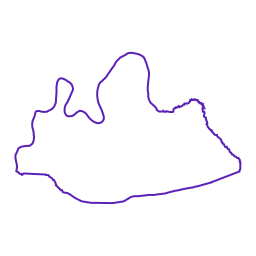 the district of Tumana, Upper River, Gambia
{"feature_id": "56634734B54781332377439", "entity_name": "Tumana", "entity_type": "district", "adm_level": 2, "iso_a3": "GMB", "parent_name": "Gambia", "parent_adm1": "Upper River", "projection": "mercator", "projection_center": [-14.08, 13.369], "detail": "fine", "context": "isolated", "style": "outline", "palette": "violet", "viewbox_px": 256, "rotation_deg": 0, "n_neighbors": 0, "source": "geoboundaries", "source_scale": "gbopen_adm2", "svg_char_len": 5502}
<svg xmlns="http://www.w3.org/2000/svg" viewBox="0 0 256 256"><path d="M91.1,202.8L98.1,202.9L98.6,202.9L112.2,203.1L113.9,202.9L119.0,202.1L123.6,201.4L130.8,197.1L131.3,196.9L133.9,196.2L137.4,196.2L137.7,196.2L138.8,196.1L140.0,196.0L142.2,195.7L142.9,195.6L144.6,195.5L145.3,195.4L148.6,194.9L152.6,195.0L155.1,194.8L157.3,194.4L164.0,193.6L164.4,193.5L164.6,193.5L165.4,193.5L166.5,193.0L175.8,190.6L177.3,190.5L182.3,189.3L183.2,189.1L189.2,188.0L191.3,187.6L192.3,187.6L195.0,186.7L198.3,186.1L200.0,185.6L207.1,183.6L211.1,182.5L211.0,182.4L211.4,182.2L216.9,180.2L219.8,179.0L234.7,173.3L239.4,171.5L239.4,171.3L239.5,171.1L239.5,170.2L240.3,169.2L240.3,167.2L240.3,165.6L240.3,163.4L240.6,162.9L239.9,162.1L239.6,161.2L240.0,160.9L239.8,159.9L239.1,159.0L239.0,158.7L238.9,158.6L238.6,158.2L238.4,157.9L237.5,158.1L237.0,157.8L235.8,156.6L234.7,156.5L233.1,154.6L232.1,154.6L231.2,152.7L230.1,152.3L228.9,149.1L227.9,149.0L226.8,147.6L226.9,146.9L225.1,146.8L224.3,145.5L224.0,144.3L222.4,143.4L222.4,142.2L221.4,141.6L221.1,139.6L220.1,138.9L218.7,137.4L217.8,137.0L217.3,136.3L217.0,135.4L217.0,135.0L215.4,135.0L214.6,134.6L213.9,134.1L213.9,133.5L213.0,132.9L212.7,132.4L212.4,131.9L212.2,131.8L212.0,131.7L212.0,131.2L212.0,130.9L212.0,130.6L211.6,130.3L211.1,130.6L210.8,130.6L210.6,130.3L210.2,129.4L209.5,129.0L207.6,126.6L207.3,125.1L206.5,124.2L207.3,123.2L207.1,122.3L206.9,121.4L206.3,120.8L206.3,119.8L205.9,119.3L205.9,117.7L205.0,117.2L204.3,116.9L203.9,116.2L204.0,115.1L204.4,114.3L204.5,112.4L204.2,111.8L203.4,111.9L203.1,111.9L202.8,111.5L202.5,108.4L204.3,108.3L203.8,107.5L203.5,106.9L203.0,106.6L202.9,106.4L203.4,105.9L202.6,105.3L202.9,104.6L202.9,104.2L202.0,104.5L201.7,104.3L201.4,104.1L201.4,103.8L201.4,103.0L199.5,103.2L199.3,102.7L199.0,102.4L199.1,101.8L198.3,101.8L197.9,100.6L197.4,100.6L197.3,100.0L196.1,100.1L195.5,99.5L194.3,99.3L194.3,99.9L193.5,99.9L192.3,100.0L191.7,99.3L190.9,100.3L190.2,100.1L190.2,101.2L189.2,102.2L189.1,102.7L187.2,103.7L186.1,103.4L185.5,103.5L184.5,103.6L184.3,104.7L183.4,104.7L182.6,105.5L181.5,106.3L179.7,107.0L179.7,106.5L179.2,106.4L178.7,106.0L177.2,107.5L176.4,107.3L175.8,107.3L175.5,108.2L174.6,108.1L173.5,109.3L173.4,110.2L173.4,111.2L172.9,112.0L170.0,112.0L168.2,111.6L167.5,111.6L166.7,111.1L165.7,111.6L165.4,111.9L164.2,111.6L163.9,111.4L163.7,111.2L163.7,111.5L163.1,111.5L162.5,111.5L161.9,111.6L160.8,111.5L159.3,111.6L157.7,110.7L156.7,109.8L156.5,108.8L155.8,107.5L155.0,106.7L153.9,105.7L150.9,103.0L150.5,102.6L149.9,101.6L148.9,99.3L148.2,96.7L148.3,93.9L148.1,92.7L147.7,90.2L147.7,87.9L148.0,84.0L148.2,82.0L148.4,80.5L148.8,76.9L149.0,75.5L149.0,75.0L149.0,72.7L148.5,70.0L147.7,67.7L147.4,66.8L146.4,63.3L145.4,60.9L144.8,59.2L143.8,57.4L142.2,56.0L139.2,54.5L139.0,54.4L137.4,53.9L134.2,53.2L132.6,52.9L131.4,52.9L130.5,52.9L128.6,53.0L126.9,53.8L125.3,55.0L124.6,55.4L124.0,55.6L121.1,57.2L120.3,57.5L118.5,59.4L117.4,60.3L116.3,61.6L115.0,63.7L114.8,64.5L113.2,66.8L113.1,67.0L111.4,69.2L110.4,70.8L108.8,72.9L108.3,73.8L106.3,76.8L104.4,78.8L103.6,79.5L103.1,79.9L102.3,80.8L100.6,82.1L100.0,82.8L98.9,84.6L98.5,86.0L98.0,87.9L97.5,90.1L97.6,89.9L97.3,90.9L97.3,92.1L97.2,92.9L97.2,93.9L97.2,94.4L97.2,94.8L97.2,95.4L97.3,96.6L97.5,97.9L97.5,98.2L97.6,99.4L98.3,102.2L98.6,103.3L99.3,104.9L99.9,106.1L101.9,110.6L102.2,111.6L102.8,113.2L103.8,116.6L103.8,119.0L103.6,119.6L102.6,121.2L101.2,122.5L99.0,123.1L97.1,123.1L94.9,122.3L93.2,121.4L91.6,120.2L91.0,119.6L89.6,118.4L88.5,116.9L87.7,116.0L87.2,115.3L86.5,114.2L85.1,112.8L84.5,112.4L82.9,111.5L81.7,111.0L80.1,110.9L80.1,111.0L78.8,111.2L77.5,112.0L76.3,112.9L74.3,114.7L72.2,116.0L69.0,116.3L67.8,116.2L66.6,115.6L65.7,114.4L65.3,113.5L64.7,112.2L64.6,110.7L64.6,108.7L64.9,107.0L65.7,104.7L66.8,103.1L67.5,101.9L68.1,100.8L68.3,99.7L69.0,99.2L70.0,96.5L72.8,90.1L73.0,88.5L72.7,87.3L72.2,85.5L71.6,84.5L70.7,83.5L69.6,82.3L68.9,82.0L68.7,81.9L67.8,81.4L66.9,80.8L66.1,80.1L65.2,79.7L64.6,79.3L62.9,78.7L61.9,78.4L61.0,78.3L60.1,78.5L58.9,79.2L58.0,80.6L57.1,82.4L57.1,83.3L56.5,86.2L56.5,90.1L56.5,92.3L55.8,102.7L54.9,104.9L54.2,106.5L53.1,107.9L52.1,108.8L50.4,109.9L48.4,110.8L47.4,111.5L46.2,111.8L44.7,111.9L43.0,111.9L42.7,111.8L40.5,111.4L39.2,111.0L38.1,111.0L36.5,111.2L35.5,112.1L35.1,114.4L34.7,115.5L34.3,116.9L32.6,121.0L32.6,121.5L32.3,122.4L32.2,124.1L32.3,127.0L32.7,128.5L33.2,130.1L33.7,133.1L33.7,135.1L34.1,136.7L33.8,138.7L33.8,140.4L33.7,140.6L33.3,141.5L32.7,143.0L32.3,143.8L29.6,145.8L28.8,145.9L26.9,145.9L26.6,145.9L22.1,146.5L19.0,147.9L18.1,148.9L17.4,151.1L15.6,154.8L15.6,155.2L15.4,156.5L15.4,157.3L15.5,158.1L15.9,160.5L16.2,161.9L16.6,163.6L16.7,164.1L16.9,165.1L16.9,166.4L17.0,166.7L17.0,167.4L16.7,168.1L16.7,168.8L16.7,169.7L16.5,170.5L16.4,170.7L16.3,171.3L17.7,172.1L18.2,172.1L18.4,172.3L18.6,172.7L19.1,173.2L19.5,173.7L20.3,173.9L21.2,173.9L21.4,174.3L21.5,174.5L22.0,174.9L22.9,174.3L23.5,173.5L24.8,173.5L27.7,173.7L29.1,173.7L30.3,173.8L34.4,174.0L45.5,174.5L45.9,175.0L46.5,175.0L47.1,175.0L47.3,175.1L48.3,175.1L49.3,176.3L49.3,176.6L50.3,177.2L50.4,177.3L50.7,177.4L51.8,178.1L52.5,178.9L52.6,179.0L53.1,180.0L53.9,180.0L55.4,182.6L55.8,184.0L56.0,184.3L56.2,184.6L55.9,185.3L56.9,186.2L57.3,186.5L58.0,187.2L58.8,188.0L58.8,188.3L59.6,188.7L60.5,190.1L62.0,190.1L62.8,192.1L64.8,192.7L67.1,193.0L67.3,193.0L69.2,194.0L69.4,194.1L70.4,194.7L73.4,196.8L74.5,197.6L75.0,197.9L81.6,201.3L87.7,202.3L88.5,202.4L91.0,202.8L91.1,202.8Z" fill="none" stroke="#5b21b6" stroke-width="2"/></svg>